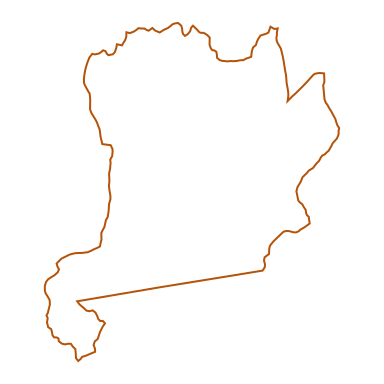 outline of São Domingos do Maranhão, Maranhão, Brazil
{"feature_id": "56859067B35483531108788", "entity_name": "São Domingos do Maranhão", "entity_type": "district", "adm_level": 2, "iso_a3": "BRA", "parent_name": "Brazil", "parent_adm1": "Maranhão", "projection": "natural_earth1", "projection_center": [-44.348, -5.667], "detail": "fine", "context": "isolated", "style": "outline", "palette": "amber", "viewbox_px": 384, "rotation_deg": 0, "n_neighbors": 0, "source": "geoboundaries", "source_scale": "gbopen_adm2", "svg_char_len": 3505}
<svg xmlns="http://www.w3.org/2000/svg" viewBox="0 0 384 384"><path d="M95.1,351.8L95.0,348.7L93.6,345.1L94.7,341.5L97.7,339.0L99.9,332.3L102.7,326.6L105.0,323.3L102.8,320.9L100.2,321.0L98.3,319.0L97.2,316.0L95.5,312.6L92.7,310.4L89.5,311.2L86.4,310.6L84.6,308.8L82.1,306.6L79.6,304.5L77.2,301.3L158.6,287.5L161.6,287.0L196.2,281.4L237.0,274.8L262.6,270.6L264.8,267.1L265.0,264.2L264.0,260.5L264.6,257.3L269.0,254.0L269.3,248.3L270.0,245.7L273.3,241.5L282.0,233.1L283.6,231.7L286.5,230.9L289.1,231.1L293.6,232.3L296.1,232.4L298.6,231.3L300.3,229.7L302.4,228.5L304.5,227.3L309.7,223.5L309.2,220.2L308.7,216.7L307.0,215.2L306.1,213.1L305.7,209.9L303.8,207.1L302.4,204.4L299.9,202.4L298.3,200.6L296.4,191.3L297.5,187.1L300.8,181.6L302.6,177.1L306.5,173.4L308.9,170.5L312.9,168.1L316.3,163.7L319.1,160.8L320.9,157.4L322.2,155.6L324.7,154.4L326.8,152.3L328.6,150.8L331.2,146.4L332.7,143.2L334.6,141.1L337.0,138.4L338.6,134.3L338.6,130.6L339.2,128.2L337.1,124.7L335.3,118.9L333.4,115.4L331.0,110.9L329.2,108.1L327.4,104.8L325.9,102.9L324.5,99.3L323.9,92.6L323.2,85.4L324.4,81.8L324.3,79.0L324.1,73.4L319.8,73.0L317.8,73.2L314.8,73.8L313.0,75.2L308.0,80.8L303.2,85.9L296.8,92.2L294.5,94.4L292.4,96.2L290.6,98.0L287.6,101.1L288.0,98.5L288.3,95.9L288.3,93.1L287.7,88.7L287.2,86.2L286.6,82.7L286.2,77.0L285.9,74.3L285.3,71.5L283.7,61.4L282.6,55.6L281.9,52.8L280.8,48.5L279.3,45.9L277.5,42.8L276.6,40.3L276.4,37.7L276.9,35.4L276.9,32.3L277.7,28.4L274.4,29.0L270.5,26.7L269.2,30.3L268.5,32.5L266.1,33.8L263.3,34.6L260.5,35.5L258.0,39.3L256.9,41.8L255.9,45.0L253.1,47.4L252.0,50.7L251.5,53.8L251.2,56.8L248.3,57.9L245.8,58.7L243.5,60.1L239.9,60.3L236.6,61.0L232.9,61.2L230.8,61.0L227.6,61.4L221.9,60.8L219.8,60.1L217.1,57.9L216.9,54.8L216.3,51.7L214.2,50.4L212.2,50.1L210.8,48.3L209.6,44.9L209.6,41.3L209.7,37.6L207.4,35.2L205.7,34.0L203.5,32.8L201.4,32.9L199.4,32.3L197.3,29.9L193.0,25.7L191.2,27.6L190.1,31.3L187.7,34.2L185.0,35.9L183.2,34.2L182.4,31.9L182.1,28.5L181.2,25.6L178.1,23.0L175.0,23.4L172.6,24.2L170.8,25.8L167.8,28.1L164.5,29.5L162.1,30.9L159.7,32.5L155.0,30.5L152.4,28.0L148.6,30.7L146.3,29.8L144.5,28.5L141.3,28.5L138.4,28.2L136.4,29.9L133.8,31.6L129.9,33.1L126.4,32.3L126.3,36.7L125.3,39.8L123.3,43.0L122.0,45.4L119.6,44.8L116.9,44.3L116.3,47.9L114.9,52.0L112.9,54.3L110.7,54.7L108.4,55.2L106.8,53.7L105.5,51.2L103.1,50.3L101.3,52.0L99.0,53.5L95.1,54.4L92.2,53.9L89.4,57.5L87.6,62.0L86.2,66.3L85.2,70.1L84.3,75.3L83.9,79.4L84.1,83.4L85.7,86.7L88.3,91.5L89.6,93.5L90.0,96.7L90.2,99.8L90.1,106.3L90.1,109.5L91.5,113.2L95.3,119.3L96.8,122.1L99.7,129.7L100.5,136.1L101.0,138.7L101.6,141.1L102.3,144.1L110.7,145.2L112.5,149.1L112.6,151.6L112.2,156.0L110.2,159.8L110.6,162.5L110.1,168.7L109.1,173.4L109.4,181.5L108.9,186.0L109.7,192.0L110.4,195.7L110.4,199.4L109.1,203.8L108.7,209.8L108.4,212.9L107.6,217.3L106.0,219.9L104.4,227.0L102.4,230.7L101.3,233.1L101.5,239.6L100.6,243.1L99.9,246.5L97.0,248.0L93.9,249.3L91.0,250.8L87.8,252.2L82.2,252.9L78.2,253.0L75.1,253.2L72.5,253.8L69.6,254.6L61.5,258.6L56.6,263.5L57.4,266.4L59.0,269.3L57.7,272.3L54.5,275.2L50.5,277.7L48.2,279.2L46.0,282.0L44.8,286.2L44.9,290.8L45.7,293.5L47.3,295.9L49.6,299.9L49.9,304.5L49.0,308.1L47.8,313.0L46.5,315.4L47.7,318.1L47.0,322.4L48.2,327.2L51.1,329.1L51.9,331.7L52.5,335.2L54.1,337.4L56.5,337.4L58.5,338.5L58.8,341.2L61.8,343.6L65.1,344.4L68.2,343.7L70.9,343.8L72.9,346.7L75.3,349.0L75.7,352.6L76.0,358.1L78.2,361.0L80.4,359.2L82.2,356.8L85.6,355.8L91.0,353.5L95.1,351.8Z" fill="none" stroke="#b45309" stroke-width="2"/></svg>